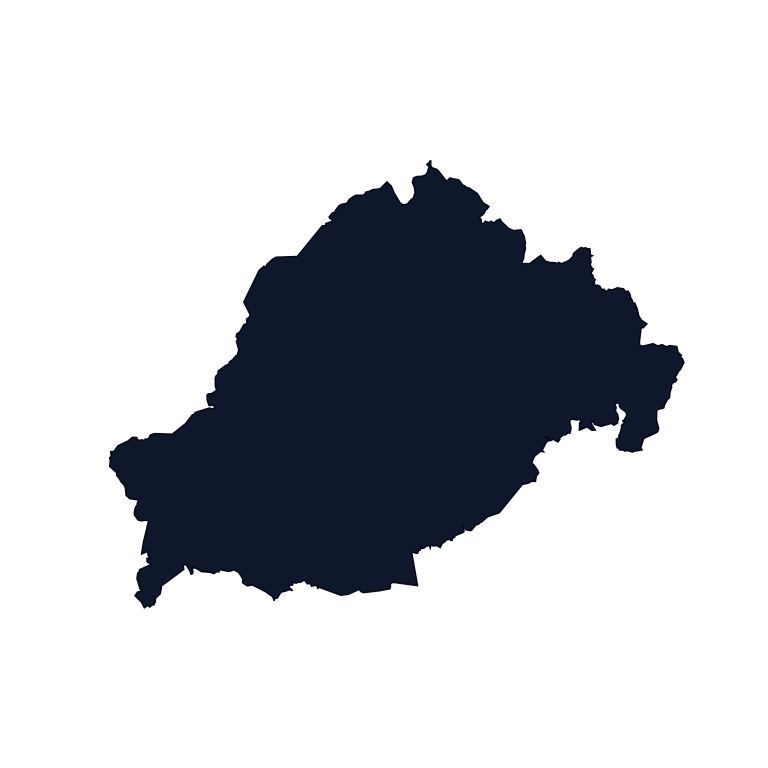 outline of Charo, Michoacán, Mexico, rotated 255°
{"feature_id": "50627088B3095160653206", "entity_name": "Charo", "entity_type": "district", "adm_level": 2, "iso_a3": "MEX", "parent_name": "Mexico", "parent_adm1": "Michoacán", "projection": "albers", "projection_center": [-101.029, 19.669], "detail": "fine", "context": "isolated", "style": "filled", "palette": "ink", "viewbox_px": 768, "rotation_deg": 255, "n_neighbors": 0, "source": "geoboundaries", "source_scale": "gbopen_adm2", "svg_char_len": 6155}
<svg xmlns="http://www.w3.org/2000/svg" viewBox="0 0 768 768"><g transform="rotate(255 384 384)"><path d="M563.9,381.6L562.2,380.9L562.7,379.7L562.4,378.0L559.5,374.2L558.5,374.3L555.7,376.4L554.5,376.3L554.1,369.3L551.9,368.8L552.8,365.4L529.6,333.2L534.4,312.4L533.3,308.5L530.1,302.2L527.7,300.2L528.7,298.2L525.9,292.7L499.5,269.8L485.2,272.7L483.3,270.9L482.3,268.0L478.2,267.4L477.6,266.6L477.8,264.3L471.5,258.0L470.5,254.7L468.0,253.5L464.9,254.6L463.6,252.5L454.6,252.6L449.7,249.7L449.7,248.5L446.6,244.0L445.4,240.6L443.2,238.9L442.9,235.8L439.5,227.2L436.4,226.0L435.1,223.7L433.2,222.5L425.5,220.5L421.3,220.7L419.3,215.0L419.9,211.6L419.0,210.2L414.2,209.0L408.4,209.5L407.8,213.3L405.4,214.8L404.2,212.5L406.0,209.0L405.4,194.3L403.9,193.1L403.7,190.7L397.1,182.1L390.3,166.5L395.5,149.5L395.2,145.0L392.8,143.1L391.9,140.6L392.7,139.3L391.8,138.1L391.8,136.9L392.7,135.8L392.9,132.5L395.1,131.2L396.3,131.3L397.6,127.2L395.1,121.7L393.2,111.0L388.6,105.6L389.4,102.5L385.0,101.9L383.6,99.8L380.7,99.8L375.4,97.7L367.6,102.8L365.1,102.1L360.9,104.0L358.4,104.4L353.4,106.9L350.5,107.3L343.1,106.1L339.0,108.8L336.1,115.6L334.3,116.9L333.2,115.0L330.7,114.2L329.9,112.7L327.6,111.0L324.3,109.5L321.5,109.1L320.8,110.1L319.7,109.9L316.2,111.3L314.5,114.7L314.1,119.0L312.6,121.1L294.2,111.1L282.5,105.8L283.4,112.3L279.8,111.8L276.3,112.5L275.8,111.9L277.0,110.1L274.3,109.2L272.6,109.7L270.7,112.5L269.6,110.5L267.9,99.9L264.9,98.3L265.4,97.8L264.6,97.0L260.0,95.0L249.6,95.3L246.8,96.3L246.8,92.1L244.0,88.7L235.7,93.4L229.9,94.6L231.1,98.2L230.9,99.0L229.2,100.0L230.6,102.9L230.3,104.8L232.1,105.3L232.1,106.4L236.3,107.9L239.2,113.5L245.2,116.4L246.1,115.6L256.8,142.7L261.1,142.9L260.9,144.1L260.5,146.2L253.8,148.1L250.2,148.4L250.4,150.0L252.4,151.0L255.5,150.6L255.4,151.7L258.2,151.7L256.0,152.6L254.1,155.4L250.1,159.0L247.1,167.4L244.9,170.7L245.9,173.5L245.3,176.0L246.6,176.0L246.8,178.0L243.2,185.5L243.1,188.6L243.9,188.7L242.7,191.7L239.7,194.8L237.4,195.6L232.3,197.2L228.6,196.0L224.4,199.7L223.9,204.8L222.9,206.1L214.0,215.9L207.2,221.5L203.0,221.8L204.9,222.5L204.9,225.7L208.7,229.5L209.4,231.0L210.0,233.5L209.4,233.6L209.8,240.5L209.1,240.5L208.0,242.3L211.2,240.2L214.2,240.0L213.5,243.7L215.9,244.3L214.3,247.8L214.8,250.0L214.1,251.8L215.2,256.5L210.9,258.1L210.6,260.8L207.5,261.6L207.1,266.9L203.7,267.1L203.7,267.5L205.2,267.7L191.2,287.5L190.1,295.0L192.1,307.1L189.7,307.7L187.8,310.2L185.5,325.8L184.7,336.7L187.1,338.0L189.8,338.4L189.9,341.8L180.6,364.2L214.7,367.2L212.0,371.5L211.9,372.7L214.5,374.8L214.2,376.0L218.8,377.6L214.8,377.6L216.1,378.1L215.3,378.6L215.4,381.1L216.2,381.6L216.5,386.0L213.6,386.2L216.2,387.7L215.6,389.2L214.8,389.5L214.3,393.2L211.5,395.9L213.3,396.5L212.8,397.2L214.9,398.9L216.0,402.3L216.7,401.8L217.9,407.4L217.1,406.4L217.1,407.2L215.6,407.9L215.5,409.5L218.1,410.8L217.5,412.4L219.1,413.4L220.2,422.1L221.6,421.4L221.4,423.4L223.4,423.2L225.7,424.0L221.9,425.5L220.1,429.3L220.1,430.6L224.1,436.3L224.1,439.2L225.0,440.1L225.6,442.9L228.9,449.5L229.8,462.0L251.2,491.6L250.9,498.0L251.9,501.2L250.7,505.1L255.2,507.0L258.1,510.3L261.0,510.1L266.8,507.9L269.3,506.3L272.8,508.5L275.7,511.5L278.4,517.7L277.2,520.6L279.2,519.7L285.6,525.6L286.6,527.5L286.5,528.9L288.9,528.2L290.6,526.0L291.4,526.3L290.7,528.0L286.2,530.6L286.8,533.2L283.0,537.0L284.9,539.5L286.3,539.5L288.5,544.2L287.8,545.8L289.3,549.2L288.2,550.8L292.8,553.2L299.5,553.6L301.3,554.8L301.3,556.6L299.2,561.4L299.2,563.4L297.3,564.7L295.6,564.6L296.0,563.0L288.9,560.8L290.1,569.0L285.5,572.9L284.8,576.2L292.2,573.8L294.4,576.7L290.6,576.7L286.9,582.7L287.1,593.3L284.7,595.3L285.9,599.6L287.2,599.7L289.3,601.3L293.4,601.8L298.1,600.5L301.0,602.1L305.2,601.8L305.1,605.6L304.3,606.3L301.3,605.6L298.9,606.6L294.6,610.2L291.4,610.8L286.9,606.6L286.9,605.3L286.3,605.1L284.6,606.6L282.5,602.7L280.5,602.3L274.5,598.7L273.3,598.6L273.7,597.6L271.1,596.9L270.6,594.2L265.1,592.8L262.0,592.8L261.1,594.4L259.5,594.3L258.0,598.4L256.7,599.6L257.0,601.3L254.0,606.3L254.3,608.8L253.5,616.2L256.0,615.5L264.2,620.8L266.6,635.1L268.1,636.9L270.2,637.8L278.4,637.8L287.6,640.5L288.6,642.5L288.5,648.0L291.3,649.6L295.6,653.7L296.8,656.2L301.9,658.0L306.6,661.1L308.4,661.0L310.6,663.7L310.7,666.1L312.3,668.0L315.1,666.9L320.7,672.7L321.4,674.2L327.3,679.3L331.7,678.6L332.1,677.7L334.0,677.6L334.7,678.7L335.9,678.2L335.9,676.9L337.7,676.9L337.8,676.2L344.4,676.5L347.1,670.0L346.9,666.2L349.9,663.1L350.0,658.1L353.3,654.4L353.5,645.0L354.5,641.2L358.0,641.4L371.8,646.9L371.3,649.0L374.1,653.5L378.6,649.4L383.7,647.7L390.8,648.0L397.2,647.2L397.4,646.0L398.2,645.5L402.3,645.2L403.2,644.4L406.4,644.9L410.4,643.9L411.0,641.0L413.9,640.0L416.5,634.4L415.8,628.7L417.3,625.8L415.6,622.5L418.7,620.9L418.7,618.8L422.4,617.9L424.0,616.1L425.5,611.6L426.9,613.5L428.5,613.4L430.0,615.1L432.3,613.5L434.5,614.0L436.7,612.8L437.8,612.9L440.9,616.0L441.6,615.0L445.0,614.1L446.7,614.4L447.9,615.4L453.2,616.1L454.0,618.5L454.9,616.8L461.4,617.8L461.8,615.7L463.4,614.1L463.5,611.8L464.8,609.8L464.3,607.9L461.1,600.8L458.3,599.5L455.4,594.4L454.2,586.5L456.3,584.3L455.2,582.1L456.7,581.2L458.4,575.9L460.7,571.9L467.6,568.7L462.5,555.6L464.7,548.5L465.8,548.6L469.4,551.5L473.0,552.7L478.4,555.8L481.8,556.0L483.0,557.0L490.2,557.6L497.5,556.2L498.5,549.1L502.1,544.5L510.8,539.3L513.2,538.9L512.8,534.7L511.6,533.8L511.4,531.4L513.4,529.8L512.9,526.8L515.0,524.1L513.1,521.1L514.0,519.8L517.6,520.4L520.7,519.3L521.8,523.0L523.8,525.8L526.0,527.1L526.1,528.6L528.4,531.3L533.6,526.5L543.7,523.5L551.4,516.9L552.2,514.8L554.7,513.1L555.7,511.6L561.8,509.1L566.0,500.7L564.6,499.1L564.1,496.7L576.1,491.6L577.6,490.6L580.8,486.0L583.4,485.8L587.3,486.9L587.4,485.7L585.9,485.0L585.7,483.3L584.9,482.2L582.5,483.8L577.0,480.6L575.2,478.4L574.8,474.4L575.9,469.6L575.5,465.9L571.4,463.6L565.3,464.3L560.6,463.5L556.1,460.5L554.7,457.2L551.7,453.0L552.0,448.7L555.1,446.3L565.8,443.3L573.3,442.2L578.4,439.1L573.6,430.9L574.6,423.2L573.9,419.9L574.1,416.4L572.1,414.0L571.8,412.7L573.6,405.3L571.6,398.8L568.1,394.6L568.5,389.6L567.8,386.6L563.9,381.6Z" fill="#0f172a" stroke="#020617" stroke-width="1.5"/></g></svg>